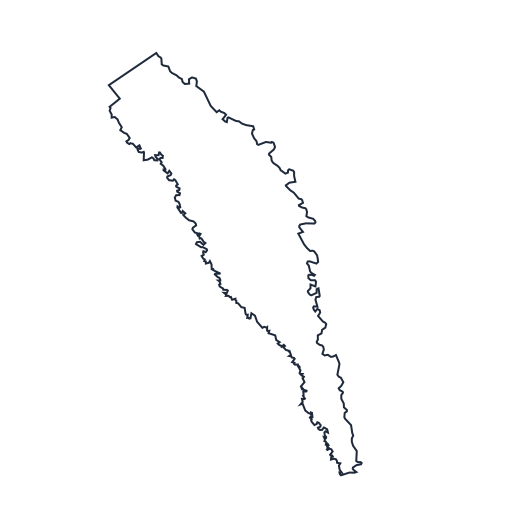 San José La Máquina, Suchitepéquez, Guatemala (Equal Earth projection), rotated 316°
{"feature_id": "79465075B14696818502524", "entity_name": "San José La Máquina", "entity_type": "district", "adm_level": 2, "iso_a3": "GTM", "parent_name": "Guatemala", "parent_adm1": "Suchitepéquez", "projection": "equal_earth", "projection_center": [-91.607, 14.266], "detail": "fine", "context": "isolated", "style": "outline", "palette": "slate", "viewbox_px": 512, "rotation_deg": 316, "n_neighbors": 0, "source": "geoboundaries", "source_scale": "gbopen_adm2", "svg_char_len": 6117}
<svg xmlns="http://www.w3.org/2000/svg" viewBox="0 0 512 512"><g transform="rotate(316 256 256)"><path d="M254.3,47.0L254.2,48.5L251.6,49.9L250.5,53.9L248.3,56.2L250.9,57.8L251.3,61.5L249.9,65.0L248.9,70.1L245.8,71.2L246.7,75.8L247.9,78.5L247.1,83.4L244.9,84.0L242.4,83.5L242.0,85.0L242.6,87.5L244.0,87.6L245.4,89.8L245.2,94.7L249.0,95.4L247.8,98.7L246.8,98.3L245.7,96.3L244.8,97.0L243.9,99.6L245.6,102.2L247.6,103.1L247.4,103.7L241.7,109.1L245.1,111.5L249.6,112.7L250.0,114.6L249.4,116.5L251.5,118.8L252.6,117.6L252.7,115.0L253.5,113.4L255.9,115.8L258.3,114.2L258.8,114.8L258.3,117.2L258.6,119.3L256.9,120.6L255.5,119.2L253.8,119.1L253.2,123.1L251.5,123.5L252.0,126.6L251.2,130.7L250.6,131.1L249.6,129.6L249.0,130.1L249.8,135.2L252.8,134.5L252.4,137.9L250.7,138.5L247.4,137.2L246.4,138.1L246.1,141.1L248.5,144.1L250.4,143.9L250.6,145.6L249.5,150.1L247.4,149.9L246.8,150.8L248.0,154.3L246.7,155.2L244.6,154.2L244.0,155.0L244.9,158.1L243.2,159.0L240.9,156.8L238.1,157.6L236.6,160.4L237.8,163.1L237.2,165.5L235.3,168.4L234.6,168.1L234.0,165.8L233.2,166.4L232.0,172.9L232.8,173.6L234.5,172.7L234.8,176.1L232.2,175.9L232.1,179.4L232.7,183.9L235.1,187.7L235.2,190.7L234.2,192.4L230.2,191.8L228.8,192.6L228.3,196.7L230.0,199.6L228.7,199.7L228.4,200.6L230.9,200.4L231.4,201.6L228.8,202.2L227.6,204.3L228.6,204.8L228.9,205.8L228.2,209.5L228.6,211.5L226.0,211.5L225.6,206.9L223.0,205.0L221.1,205.7L222.6,211.6L223.8,212.5L225.3,216.9L224.8,217.9L222.5,218.3L221.5,216.0L220.5,216.6L219.3,218.8L216.9,218.2L216.2,221.3L216.7,222.9L215.2,223.8L216.1,225.1L214.7,226.6L217.3,228.1L219.3,227.6L218.2,231.1L215.0,234.7L216.1,235.7L215.4,236.4L218.2,244.0L214.3,240.4L213.6,240.6L213.8,244.7L214.5,246.1L213.9,248.1L213.3,248.8L211.9,247.5L212.1,248.6L211.0,251.4L209.6,251.0L208.7,252.7L209.7,256.5L209.0,257.5L211.6,260.3L211.7,261.3L209.3,262.3L207.4,260.3L207.7,263.4L206.6,263.8L208.6,265.6L208.7,267.7L209.5,268.1L208.4,270.9L211.5,272.4L210.7,273.2L210.7,274.6L209.2,276.0L210.3,277.7L209.9,282.6L211.8,285.4L208.4,290.3L208.2,291.6L209.3,292.5L206.7,294.4L207.7,295.2L207.6,296.3L208.7,297.0L212.9,294.0L213.8,298.2L211.1,304.1L210.7,312.1L212.7,312.6L213.8,314.8L214.6,314.9L212.2,317.3L212.2,318.1L213.6,319.0L211.4,320.3L214.7,326.4L212.2,330.5L213.1,334.4L210.8,334.1L210.9,336.3L211.7,337.8L211.3,339.0L214.3,339.2L214.3,340.8L212.3,340.5L212.3,344.6L213.4,346.1L213.3,347.5L214.1,347.7L212.4,351.4L210.4,351.0L211.6,352.7L211.3,353.9L212.5,355.6L212.4,356.8L208.3,357.5L209.5,359.6L208.5,360.1L208.6,361.3L210.7,363.1L210.2,363.6L210.4,365.3L209.5,365.1L209.7,366.8L208.9,367.1L208.6,369.1L206.0,370.5L205.8,371.4L207.5,373.2L205.8,373.5L206.6,376.1L205.0,376.6L204.8,375.5L203.3,380.4L197.8,381.0L197.5,384.4L196.8,383.2L196.5,383.9L198.8,388.0L198.2,388.4L195.7,386.5L193.6,389.2L192.7,389.2L192.1,392.6L191.3,392.5L189.8,390.7L188.3,393.3L184.9,393.7L186.9,394.6L184.1,401.4L184.6,405.3L185.6,407.7L186.8,406.7L187.3,407.7L184.6,411.2L183.8,410.8L183.8,409.5L182.5,409.7L182.5,412.3L181.5,412.5L180.9,413.9L180.6,418.2L183.0,419.0L184.6,418.2L185.3,419.5L185.0,422.6L183.7,423.5L181.3,422.5L180.7,423.9L181.2,425.6L182.8,427.0L185.7,426.5L186.8,430.1L185.1,433.0L184.2,430.4L182.7,430.4L180.9,432.7L180.7,435.0L179.9,435.5L179.0,433.6L178.2,435.8L176.6,436.8L177.2,437.8L177.0,439.1L175.1,440.2L175.6,441.2L177.0,441.1L176.7,442.5L175.1,442.0L174.6,442.7L175.0,444.0L172.6,444.4L172.7,445.2L174.9,445.5L175.9,447.4L175.3,449.9L171.3,450.4L171.1,451.1L172.2,452.4L171.9,453.7L170.2,453.1L168.5,454.5L171.2,456.0L172.3,457.8L171.8,459.7L170.7,461.1L172.6,463.7L170.0,464.4L167.7,467.9L167.2,471.5L165.7,469.7L164.8,471.1L164.8,472.8L172.8,476.7L176.3,480.3L178.1,481.1L177.6,477.7L177.8,476.2L178.8,475.5L182.9,476.2L186.9,478.8L188.2,478.3L188.1,477.0L186.1,475.1L185.7,473.1L193.0,466.3L194.0,459.9L195.9,456.2L198.2,453.8L201.2,452.7L202.2,450.3L206.9,443.7L207.0,435.3L207.5,433.4L210.8,430.5L213.4,430.9L214.4,429.8L214.1,426.0L216.7,423.0L218.1,418.1L220.7,415.3L223.5,414.8L224.1,413.8L223.0,410.6L223.6,408.6L226.8,408.7L231.1,407.5L232.5,402.5L231.7,400.4L232.1,397.9L240.9,391.8L241.9,390.0L244.7,382.8L241.4,381.8L239.7,380.4L239.1,377.0L236.3,375.2L235.8,372.5L239.7,370.5L241.2,368.3L241.4,366.3L240.0,364.0L239.5,360.9L240.2,359.8L242.5,359.1L245.3,356.0L249.3,357.2L252.3,355.0L256.1,355.7L259.2,353.8L259.4,352.0L258.6,349.4L259.0,342.2L262.8,341.3L264.1,339.3L263.4,336.7L260.1,337.1L260.3,334.8L261.3,332.8L262.6,332.4L265.0,335.1L268.4,328.7L270.9,327.4L273.1,329.2L274.1,329.0L278.5,322.7L276.6,322.0L274.0,324.6L268.5,322.7L267.9,321.1L268.3,317.9L269.0,317.2L272.7,317.1L275.4,314.4L277.6,319.2L281.2,316.3L281.7,314.6L278.6,311.5L278.3,308.4L280.1,306.3L281.0,306.3L283.1,308.4L284.0,310.6L285.2,310.5L284.1,306.6L284.2,304.7L287.3,299.6L287.5,296.7L289.4,295.9L290.8,297.0L294.2,303.4L296.6,303.4L298.9,300.3L300.4,297.9L301.1,293.1L300.3,291.4L298.4,290.0L298.2,285.5L298.7,280.9L302.0,269.3L306.5,271.3L307.1,265.4L308.0,264.4L309.7,264.1L314.6,267.2L320.5,273.2L322.0,273.2L322.8,272.2L323.0,269.0L320.4,264.6L319.9,262.3L323.2,259.9L324.6,257.4L324.7,255.9L322.9,253.3L321.7,249.9L322.2,249.2L326.7,250.4L328.0,247.9L328.1,246.7L326.6,244.4L327.2,236.7L326.3,232.6L326.2,226.5L326.5,225.9L331.0,226.5L335.9,230.0L339.0,224.9L341.8,222.0L342.0,220.4L340.1,216.7L338.5,216.7L336.9,218.2L334.4,217.2L333.3,211.3L334.1,209.4L334.2,206.6L333.1,201.3L333.2,199.7L333.7,198.0L335.8,195.3L335.7,192.1L336.7,191.4L342.8,191.8L345.4,190.8L347.2,187.1L347.1,185.9L346.3,184.8L345.5,185.0L342.4,180.9L334.9,177.7L334.5,176.4L336.1,173.8L336.5,169.8L338.1,165.2L341.2,163.2L342.6,163.7L344.1,160.7L339.9,155.1L337.9,151.1L337.3,147.3L335.4,145.0L332.5,137.2L331.6,136.8L328.0,139.4L327.3,138.0L327.0,134.4L332.6,133.6L332.5,131.1L330.9,127.6L330.8,125.7L327.6,125.2L327.7,116.5L332.7,101.6L331.1,92.3L334.8,89.3L336.0,86.6L334.0,83.1L330.5,82.3L327.7,85.6L324.3,82.8L324.1,79.8L325.6,77.2L324.5,74.0L324.4,71.0L322.6,65.7L322.6,63.3L324.6,58.8L321.6,54.5L321.4,52.6L325.1,48.2L325.3,47.2L324.6,44.4L325.3,40.7L268.8,30.9L267.3,48.2L254.3,47.0Z" fill="none" stroke="#1e293b" stroke-width="2"/></g></svg>